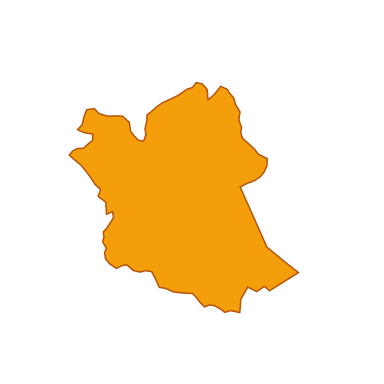 outline of Parobé, Rio Grande do Sul, Brazil, rotated 123°
{"feature_id": "56859067B66345802606616", "entity_name": "Parobé", "entity_type": "district", "adm_level": 2, "iso_a3": "BRA", "parent_name": "Brazil", "parent_adm1": "Rio Grande do Sul", "projection": "mercator", "projection_center": [-50.856, -29.657], "detail": "fine", "context": "isolated", "style": "filled", "palette": "amber", "viewbox_px": 384, "rotation_deg": 123, "n_neighbors": 0, "source": "geoboundaries", "source_scale": "gbopen_adm2", "svg_char_len": 1526}
<svg xmlns="http://www.w3.org/2000/svg" viewBox="0 0 384 384"><g transform="rotate(123 192 192)"><path d="M87.8,225.4L99.0,226.6L106.0,228.8L97.7,235.2L95.8,242.3L98.0,248.1L104.1,248.5L108.8,252.4L114.3,254.5L119.0,256.5L126.6,261.1L133.3,265.4L139.3,267.8L146.3,269.8L151.9,271.7L156.5,268.9L164.6,265.8L169.4,261.7L175.7,260.3L177.8,265.4L176.6,270.6L174.4,276.7L167.6,282.7L166.3,291.6L169.1,296.5L174.4,304.1L176.9,312.9L175.2,319.3L180.3,325.1L187.7,323.6L195.2,320.8L202.1,321.9L201.1,315.3L197.6,306.7L202.7,303.4L207.9,305.2L214.5,306.9L217.9,311.8L222.7,314.4L227.9,315.0L228.9,309.0L230.0,299.7L232.7,291.2L235.2,284.5L238.5,277.2L239.7,270.0L246.8,268.4L247.5,258.8L257.2,251.6L251.7,247.9L256.4,243.8L264.0,243.8L269.3,243.8L273.8,244.7L277.7,241.3L282.5,239.8L285.8,233.1L290.6,232.3L295.3,227.9L297.0,222.2L297.3,213.9L292.2,210.8L288.5,207.2L289.8,198.5L287.5,192.0L283.5,188.5L280.8,182.5L283.7,177.0L287.1,171.8L289.8,167.4L287.3,162.0L286.0,153.6L283.5,148.2L281.0,143.3L276.8,136.3L278.3,130.1L280.2,125.1L281.5,118.8L277.2,115.9L275.1,111.0L274.6,104.4L275.1,99.0L270.3,94.8L267.1,86.3L261.2,89.4L255.5,92.6L241.5,93.5L240.2,83.4L231.7,79.9L232.6,73.3L225.9,70.1L209.1,62.3L201.6,58.9L200.0,76.8L197.4,99.2L161.6,154.3L155.3,150.8L148.3,145.7L141.8,143.0L136.1,142.4L129.0,143.5L123.1,147.2L124.1,157.4L122.0,162.8L120.5,171.8L119.5,178.8L115.8,183.4L111.0,185.6L106.0,191.9L98.7,195.4L94.7,203.5L90.5,208.1L88.7,213.9L86.7,218.7L87.8,225.4Z" fill="#f59e0b" stroke="#b45309" stroke-width="1.5"/></g></svg>